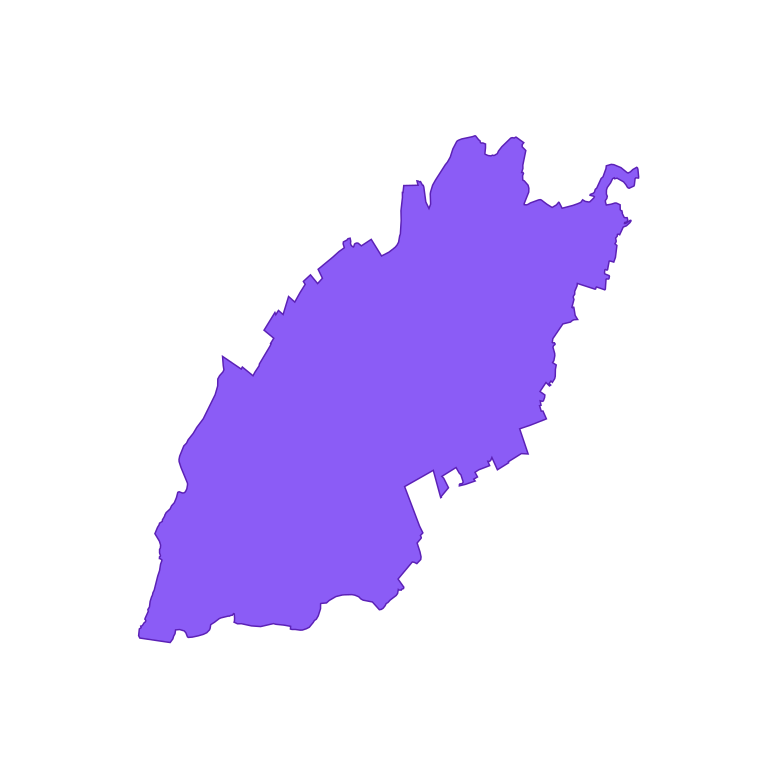 outline of Pasareni, Mures, Romania, rotated 77°
{"feature_id": "2599482B7077301459992", "entity_name": "Pasareni", "entity_type": "district", "adm_level": 2, "iso_a3": "ROU", "parent_name": "Romania", "parent_adm1": "Mures", "projection": "robinson", "projection_center": [24.7, 46.483], "detail": "fine", "context": "isolated", "style": "filled", "palette": "violet", "viewbox_px": 768, "rotation_deg": 77, "n_neighbors": 0, "source": "geoboundaries", "source_scale": "gbopen_adm2", "svg_char_len": 6157}
<svg xmlns="http://www.w3.org/2000/svg" viewBox="0 0 768 768"><g transform="rotate(77 384 384)"><path d="M587.8,650.5L584.9,647.1L582.4,645.7L580.3,643.8L576.7,642.4L577.3,638.3L579.7,634.1L582.0,633.0L586.1,632.4L586.9,631.7L587.5,627.7L587.6,621.8L587.3,616.4L586.5,612.7L584.3,609.3L582.8,608.3L579.5,607.0L578.0,602.7L575.6,597.5L575.2,595.6L575.1,587.9L575.4,587.1L575.0,585.2L575.2,583.9L573.9,582.2L574.3,581.6L578.7,582.3L581.5,583.1L582.3,583.7L584.7,580.7L585.5,576.8L589.9,567.5L592.6,558.8L592.6,545.6L593.8,543.4L596.4,535.8L599.1,529.5L601.7,530.3L602.5,528.8L603.2,525.7L604.9,521.2L605.4,518.9L605.0,514.7L604.2,511.5L600.5,506.7L598.8,505.0L597.9,502.8L595.1,500.2L588.7,496.4L583.8,495.2L583.6,494.8L584.4,489.3L582.6,486.1L580.3,478.7L580.2,472.1L580.5,470.0L582.0,462.6L583.2,459.9L585.6,456.5L588.2,454.9L589.9,453.0L593.8,444.3L602.9,439.3L603.0,437.3L602.3,435.3L600.4,432.9L598.4,431.2L597.8,429.3L595.9,426.6L592.8,419.7L591.2,417.9L587.5,416.3L588.1,415.9L588.7,413.5L587.9,412.7L587.7,411.0L586.4,410.4L577.2,414.2L563.8,396.5L564.5,394.7L566.4,392.4L563.3,387.7L560.8,386.8L555.7,386.7L546.4,387.5L542.6,382.5L541.9,382.2L539.8,382.6L537.8,379.6L530.6,381.3L488.6,387.0L479.2,355.4L507.5,354.3L507.3,353.6L506.6,353.7L499.6,344.5L489.3,347.0L487.0,348.4L481.6,332.6L487.8,330.7L489.8,329.5L496.9,328.9L497.7,329.1L498.6,330.4L498.4,332.5L498.8,333.1L500.2,333.5L500.1,327.0L499.0,317.0L496.9,318.0L495.6,313.8L490.5,315.2L488.9,310.9L487.3,299.4L482.7,300.2L483.2,298.8L482.9,298.0L482.2,297.0L479.9,295.4L493.1,292.8L488.8,280.3L487.7,280.3L482.7,265.8L484.6,259.3L458.2,261.9L457.0,250.3L454.5,233.6L446.1,235.2L445.8,236.9L440.1,237.3L440.1,235.8L435.5,235.6L436.5,233.7L436.3,232.5L433.2,230.5L430.9,229.7L426.4,233.7L419.0,225.8L423.1,223.2L422.5,221.8L420.7,223.0L418.7,220.7L420.3,219.6L417.2,216.5L415.0,215.4L408.3,213.7L404.2,211.9L401.1,214.9L399.4,213.2L394.9,211.2L392.6,210.8L386.1,211.1L384.7,210.1L384.0,208.5L383.3,208.3L382.1,208.8L381.9,210.2L381.4,210.7L377.8,209.3L365.7,196.2L365.6,188.3L364.6,186.5L364.1,184.6L364.7,180.8L360.2,182.3L352.3,181.8L351.8,181.9L352.1,183.3L351.6,183.7L344.4,179.9L342.1,180.1L341.0,179.7L339.5,178.0L336.6,177.3L331.8,173.8L329.5,173.0L339.1,157.0L339.0,156.4L337.5,155.6L337.3,155.0L341.9,147.7L341.4,147.0L332.2,144.2L331.7,143.7L332.2,141.7L332.0,141.1L329.7,140.1L329.0,140.3L326.5,143.9L325.6,144.2L322.5,143.2L322.2,142.6L323.2,141.1L322.8,140.4L315.0,137.0L314.9,136.4L315.3,135.5L316.9,132.7L312.7,130.0L301.4,125.9L299.7,127.2L299.0,127.3L298.4,126.4L297.1,125.6L293.9,125.5L292.4,123.5L290.7,122.9L290.7,121.9L291.6,120.8L284.9,115.6L284.4,112.2L282.1,108.1L280.6,106.6L280.1,106.7L279.9,107.3L281.7,111.8L281.9,112.9L281.7,113.6L280.8,113.2L280.7,110.9L280.1,110.3L278.9,109.6L277.7,109.6L276.6,109.7L276.1,112.0L275.3,112.6L271.3,113.5L270.6,113.2L268.6,113.3L268.3,114.2L267.3,114.6L262.5,113.6L260.0,116.8L259.6,118.3L259.9,122.3L259.6,127.1L256.6,127.3L255.0,127.0L253.4,125.2L251.3,124.2L249.0,124.6L245.0,123.6L242.7,122.2L239.0,118.0L235.4,115.1L234.9,113.3L235.9,113.1L235.9,110.6L240.9,105.1L244.1,103.5L247.2,102.5L248.0,101.8L248.4,101.0L247.3,95.9L246.4,95.3L240.3,93.1L239.8,92.2L240.6,89.7L239.6,89.3L232.0,88.3L230.5,88.4L229.7,89.0L231.0,93.3L232.7,96.2L233.3,98.6L232.8,99.5L226.5,104.4L222.0,110.7L221.1,113.2L221.4,118.3L224.1,119.3L231.4,124.0L232.6,126.2L240.9,132.6L241.9,134.4L244.4,135.8L245.2,137.1L245.7,140.4L246.5,140.8L248.2,137.4L248.9,136.9L249.8,137.6L252.7,142.3L252.8,143.4L251.3,146.9L249.2,149.0L251.3,151.4L251.9,154.7L252.5,159.9L252.8,170.9L246.5,172.5L246.2,173.0L248.3,175.7L249.8,180.5L245.4,184.9L240.1,189.3L239.5,190.3L239.4,192.0L240.5,200.7L241.4,203.3L241.5,205.0L240.8,207.0L239.7,206.8L229.6,199.8L225.9,198.8L222.7,198.9L217.8,201.5L216.4,202.9L212.2,202.1L210.2,200.7L209.2,201.0L208.9,202.3L205.3,200.2L202.0,199.5L188.4,193.3L184.0,196.0L181.9,195.5L180.3,193.5L173.2,199.7L173.1,200.2L173.6,201.7L172.8,203.7L172.9,205.2L179.3,215.8L182.8,220.1L185.0,221.7L186.0,224.7L186.1,225.5L185.4,226.9L185.8,228.4L184.8,231.2L182.9,233.7L182.3,233.9L176.8,232.0L173.0,231.1L171.4,233.4L171.1,235.0L170.5,235.7L168.5,235.8L167.4,236.8L163.0,238.9L162.6,239.5L162.9,242.2L162.7,253.1L163.2,256.5L163.6,257.9L164.3,258.8L170.4,264.0L177.8,268.4L182.0,272.2L184.1,274.9L196.9,288.0L201.2,291.9L207.3,295.4L209.3,296.2L219.2,298.1L223.1,300.7L216.0,302.3L201.1,300.9L199.2,301.1L198.9,301.8L195.0,302.9L195.1,303.8L194.1,304.8L193.5,306.2L198.0,306.1L195.1,320.1L201.7,322.4L201.5,323.0L206.5,324.1L219.0,328.5L228.6,330.5L241.5,334.3L243.2,335.4L249.1,337.9L251.6,340.1L253.3,342.4L256.6,349.4L258.7,357.6L240.2,363.9L244.3,375.0L241.0,377.5L240.5,378.7L240.6,380.3L241.0,381.2L243.5,382.7L243.6,383.1L242.7,384.1L241.1,384.9L239.5,385.0L237.5,384.3L234.3,384.2L234.3,386.4L235.4,387.8L236.4,391.6L238.3,392.3L242.3,392.0L244.8,398.0L248.9,405.4L257.4,422.4L267.1,420.2L271.2,426.1L261.1,431.1L265.9,439.5L269.2,438.4L276.0,445.2L284.1,452.5L277.3,457.3L293.6,466.7L288.6,470.3L292.1,473.8L289.8,474.2L304.6,488.8L314.6,481.1L319.0,485.4L319.4,485.0L321.5,486.6L336.3,500.8L338.3,501.7L343.4,507.1L346.5,509.8L335.6,518.2L337.3,519.8L320.8,535.1L329.9,536.5L334.1,536.8L335.9,538.1L338.9,542.3L341.7,544.8L348.5,546.5L356.4,550.9L377.2,567.9L384.2,576.2L389.2,581.0L394.2,587.3L397.2,589.7L399.3,593.0L408.3,599.3L411.4,600.7L413.6,601.1L419.6,600.6L436.4,597.8L438.0,598.1L441.8,599.7L443.9,601.4L444.8,602.5L445.1,603.6L444.8,605.0L442.9,607.9L443.2,609.3L448.0,611.8L452.5,615.0L454.9,618.4L457.6,620.5L460.3,625.2L462.5,627.1L463.4,627.5L466.6,630.5L468.0,630.9L469.1,634.0L470.7,634.9L472.7,636.9L478.3,640.9L486.6,638.2L490.7,637.9L493.5,638.8L494.7,639.9L498.1,640.7L500.8,640.4L501.6,640.7L501.9,641.6L503.6,642.1L503.9,641.3L505.5,640.0L506.5,640.4L509.2,642.2L515.4,644.7L520.3,647.7L533.2,654.3L535.4,656.1L537.8,657.2L539.0,658.3L543.3,660.8L548.5,662.7L550.6,664.8L552.6,664.9L558.6,669.5L559.4,669.9L560.3,669.4L561.2,669.4L562.1,670.0L562.6,671.3L564.7,673.5L565.3,674.6L565.2,675.5L566.8,675.5L567.6,677.5L574.0,679.7L576.6,679.1L587.8,650.5Z" fill="#8b5cf6" stroke="#5b21b6" stroke-width="1.5"/></g></svg>